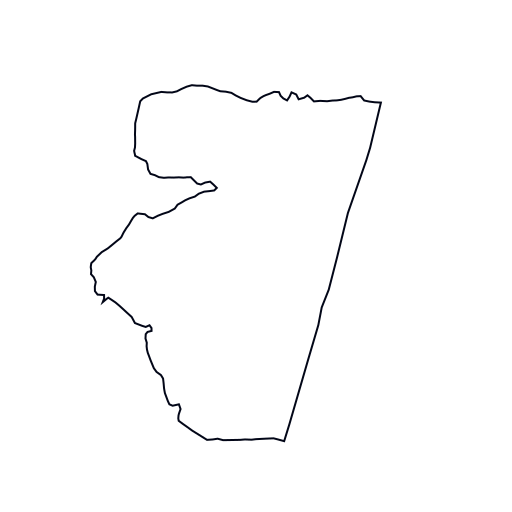 Kuria West, Nyanza, Kenya, rotated 253°
{"feature_id": "3690345B86494009793520", "entity_name": "Kuria West", "entity_type": "district", "adm_level": 2, "iso_a3": "KEN", "parent_name": "Kenya", "parent_adm1": "Nyanza", "projection": "natural_earth1", "projection_center": [34.539, -1.202], "detail": "fine", "context": "isolated", "style": "outline", "palette": "ink", "viewbox_px": 512, "rotation_deg": 253, "n_neighbors": 0, "source": "geoboundaries", "source_scale": "gbopen_adm2", "svg_char_len": 2668}
<svg xmlns="http://www.w3.org/2000/svg" viewBox="0 0 512 512"><g transform="rotate(253 256 256)"><path d="M298.1,97.9L297.3,96.4L294.4,95.0L293.2,94.6L290.3,94.3L286.9,92.9L283.1,94.7L278.0,95.2L273.8,92.9L269.5,91.7L265.4,93.2L263.1,99.3L259.7,98.3L256.7,96.0L258.8,100.9L259.3,102.6L256.3,105.1L252.7,108.0L248.4,110.8L244.2,113.3L239.9,115.8L234.0,119.3L227.3,120.6L222.5,126.7L220.4,129.8L220.9,133.9L217.7,135.0L214.9,134.2L215.1,130.1L213.5,127.7L209.4,126.2L205.0,126.2L201.7,125.0L198.5,124.4L195.0,124.2L192.3,124.4L187.0,124.7L178.6,125.5L174.2,127.0L169.9,130.3L166.0,131.3L161.6,130.5L156.4,129.4L154.2,129.1L151.5,128.8L148.4,129.0L143.1,129.3L139.5,129.8L137.2,132.5L136.7,138.9L131.7,139.1L127.7,136.2L126.2,135.3L123.4,134.2L121.0,133.9L116.9,136.9L113.3,139.7L107.6,144.0L94.5,155.4L93.2,161.0L92.5,165.9L89.5,170.7L84.8,187.1L83.8,191.8L81.6,198.1L80.9,202.2L78.5,211.8L77.6,215.3L76.5,219.5L74.2,223.3L70.7,228.8L85.3,238.7L141.7,275.6L171.7,295.4L187.6,303.8L202.5,315.7L230.8,333.0L270.3,356.5L315.2,389.4L326.0,396.7L366.2,420.3L368.3,414.5L370.5,409.6L373.1,404.9L378.3,402.8L379.3,398.8L379.5,394.9L379.8,392.9L380.1,391.2L380.2,387.3L380.5,383.0L381.2,378.7L382.3,374.6L383.2,369.3L385.6,362.7L386.9,356.6L391.4,354.3L394.6,352.2L393.3,348.4L393.4,342.6L398.7,341.7L402.1,337.8L398.6,334.7L395.7,331.2L398.7,328.2L402.0,326.4L406.0,325.9L407.7,321.2L407.2,316.9L407.1,315.2L407.0,312.7L406.7,310.0L405.9,306.7L405.4,305.5L403.4,301.7L404.6,297.6L407.7,292.6L411.7,287.5L415.5,283.5L419.2,280.2L422.0,275.1L424.0,270.0L426.1,267.2L428.8,263.8L432.2,259.5L434.6,254.5L436.2,249.2L438.1,244.6L438.2,239.3L437.5,233.4L436.6,228.5L436.9,223.7L438.5,218.7L440.6,213.4L441.3,203.1L439.7,193.9L437.8,190.5L431.6,187.0L422.7,181.9L418.3,179.3L417.4,179.0L415.8,178.5L414.8,178.2L411.7,177.2L408.2,176.0L407.3,175.7L405.2,175.2L402.5,174.4L398.8,173.3L395.2,172.0L392.2,170.2L390.3,170.0L388.4,169.9L387.2,169.7L382.2,174.7L378.9,178.5L375.8,179.0L370.3,178.1L365.4,179.1L362.9,182.9L359.8,186.2L357.7,190.8L356.7,195.3L355.1,200.1L353.8,205.2L352.3,209.2L351.8,211.0L351.5,212.9L350.4,216.7L346.8,218.6L342.5,220.9L340.5,224.2L341.1,228.8L340.5,233.9L336.7,236.2L332.6,238.4L330.9,235.2L331.7,230.3L332.7,225.2L332.3,219.5L330.7,214.9L330.6,209.3L330.0,204.7L329.0,200.7L328.0,196.0L325.1,192.2L323.7,185.4L323.6,179.0L323.2,174.0L322.2,168.3L324.7,164.5L328.4,162.0L331.3,155.3L329.9,151.7L328.5,149.5L326.1,146.8L323.2,143.7L320.7,140.3L317.4,136.5L316.4,135.5L313.7,133.0L312.6,131.4L311.3,128.0L310.8,126.7L309.0,122.4L306.6,116.5L304.8,109.6L301.8,103.6L300.0,101.5L298.9,99.6L298.1,97.9Z" fill="none" stroke="#020617" stroke-width="2"/></g></svg>